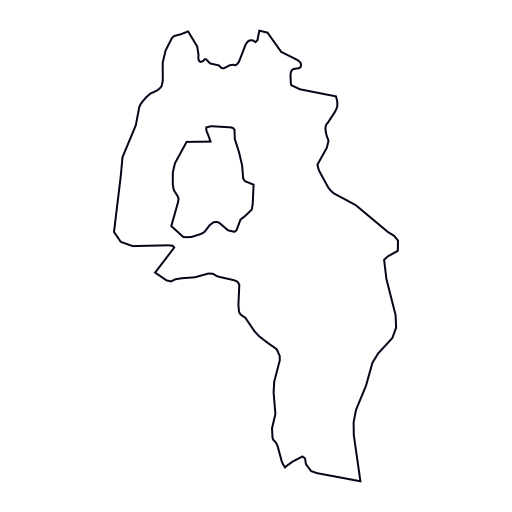 the Province of Kândal
{"feature_id": "KHM-1786", "entity_name": "Kândal", "entity_type": "Province", "adm_level": 1, "iso_a3": "KHM", "parent_name": "Cambodia", "parent_adm1": "", "projection": "albers", "projection_center": [104.96, 11.392], "detail": "fine", "context": "isolated", "style": "outline", "palette": "ink", "viewbox_px": 512, "rotation_deg": 0, "n_neighbors": 0, "source": "natural_earth", "source_scale": "10m", "svg_char_len": 2563}
<svg xmlns="http://www.w3.org/2000/svg" viewBox="0 0 512 512"><path d="M360.4,481.3L317.3,473.2L311.1,471.1L306.0,464.3L305.0,458.4L302.4,456.5L292.6,461.6L286.9,465.7L285.0,467.4L283.0,464.2L282.4,462.8L281.7,461.3L277.8,446.8L276.5,443.7L275.2,441.8L274.2,440.8L273.2,439.7L272.5,437.6L272.0,428.3L275.4,414.0L273.6,392.5L274.2,381.8L279.8,360.2L279.7,356.0L276.7,349.2L268.0,343.1L259.4,336.5L254.5,331.3L245.3,317.7L242.7,316.1L240.5,314.4L239.7,313.2L239.0,311.8L238.4,305.1L239.3,284.6L237.7,282.1L236.7,281.3L234.0,280.2L218.4,276.7L215.9,275.6L214.7,274.8L213.2,273.9L211.0,273.6L208.2,273.6L194.8,277.3L181.2,278.3L175.4,279.3L171.6,281.1L170.9,281.4L166.6,280.4L155.1,272.6L174.2,247.6L172.7,245.7L167.9,245.3L132.7,246.1L120.8,241.9L114.0,232.0L120.8,175.7L122.5,157.2L135.8,125.3L139.3,107.0L140.4,104.6L142.2,101.9L146.3,97.1L150.6,93.4L154.8,91.6L157.5,90.2L159.7,88.4L161.6,86.2L162.8,80.5L162.7,62.5L165.6,50.5L172.0,37.9L174.2,36.0L180.8,34.3L188.1,31.4L197.2,46.5L198.5,54.7L198.3,57.9L198.8,60.5L200.3,61.9L202.5,61.4L203.5,60.7L204.4,59.5L205.3,59.1L206.5,59.6L208.8,62.2L210.3,63.5L218.8,65.4L221.6,68.1L223.4,68.3L225.5,67.5L229.1,65.5L231.5,64.9L233.5,64.8L235.2,65.3L237.0,64.3L238.9,61.9L245.6,44.6L247.1,42.3L249.0,40.6L251.9,40.2L253.4,40.7L255.5,42.1L257.4,40.3L259.3,30.7L267.5,32.6L281.2,51.9L297.6,60.1L299.0,61.2L300.6,62.9L301.1,65.5L300.4,67.3L298.5,68.3L294.7,68.8L293.3,69.1L292.0,70.0L291.1,71.6L290.7,73.3L290.5,75.2L290.8,82.9L291.3,85.2L300.0,89.3L336.0,96.4L337.1,100.8L337.3,102.2L337.3,106.1L336.5,108.8L334.8,112.1L327.5,123.2L327.0,123.7L326.5,124.2L325.8,125.8L325.4,128.1L325.8,132.0L326.7,135.9L328.0,139.2L328.5,141.0L326.8,147.8L317.4,164.7L318.5,169.1L319.7,171.9L328.3,187.6L330.6,190.5L333.7,193.3L355.8,205.2L387.9,232.0L394.1,235.8L398.0,240.6L397.8,250.8L387.8,256.4L384.1,259.7L386.4,278.9L395.6,315.2L396.1,327.6L392.4,337.9L378.1,353.5L372.4,362.8L366.0,385.7L356.0,409.9L353.6,422.5L353.8,435.1L360.4,481.3ZM234.2,231.8L235.4,231.2L236.6,230.0L240.5,219.6L246.1,215.1L251.7,209.6L252.7,204.3L253.6,184.7L245.0,181.2L244.3,180.2L243.2,178.5L242.1,165.3L238.9,151.8L234.8,139.0L234.5,129.7L233.1,128.1L231.0,127.4L211.3,126.2L206.3,127.4L206.2,128.8L206.5,131.0L208.3,135.2L210.5,141.6L186.6,141.9L174.9,163.4L172.8,172.6L172.8,184.2L173.3,187.9L174.2,190.8L177.0,195.1L178.6,198.4L178.0,202.4L171.3,226.1L183.3,237.0L186.6,237.2L191.4,237.0L200.3,234.2L202.9,233.0L204.9,231.5L209.7,225.1L213.5,222.3L216.5,221.9L219.1,222.7L228.0,230.3L234.2,231.8Z" fill="none" stroke="#020617" stroke-width="2"/></svg>